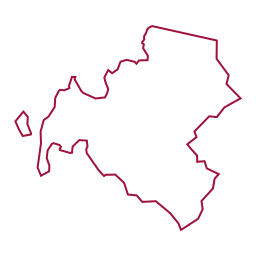 the district of Talbot, United States of America
{"feature_id": "52423323B33050228676147", "entity_name": "Talbot", "entity_type": "district", "adm_level": 2, "iso_a3": "USA", "parent_name": "United States of America", "parent_adm1": "", "projection": "robinson", "projection_center": [-76.178, 38.758], "detail": "fine", "context": "isolated", "style": "outline", "palette": "rose", "viewbox_px": 256, "rotation_deg": 0, "n_neighbors": 0, "source": "geoboundaries", "source_scale": "gbopen_adm2", "svg_char_len": 1453}
<svg xmlns="http://www.w3.org/2000/svg" viewBox="0 0 256 256"><path d="M104.4,77.4L104.6,78.5L105.2,81.3L108.2,89.0L107.1,93.3L105.3,96.7L105.0,97.4L95.5,98.5L94.7,98.1L83.5,93.1L81.5,91.3L74.6,79.3L75.3,77.0L72.0,76.9L69.0,85.8L69.4,88.1L64.4,90.3L60.2,89.8L58.8,90.9L55.2,98.0L54.7,107.0L48.5,116.6L43.7,120.1L40.6,131.6L41.0,143.4L37.6,167.5L41.0,175.7L49.1,171.3L49.4,165.7L46.7,157.9L47.7,150.3L48.4,149.2L51.9,143.8L53.5,143.2L59.5,145.0L61.0,146.8L59.6,149.4L59.9,150.1L70.4,153.0L72.0,152.7L72.6,146.6L79.3,140.1L86.8,140.6L87.5,146.6L86.2,149.2L86.4,150.6L86.7,153.0L98.4,169.9L104.0,176.0L105.6,174.8L115.3,174.6L124.1,182.9L127.9,194.5L136.7,195.4L142.3,201.9L155.8,201.2L170.4,213.4L178.5,223.5L181.0,229.9L198.1,218.8L202.7,209.2L201.5,201.0L213.0,188.4L214.6,178.8L218.7,174.1L206.8,168.4L204.5,161.2L197.2,161.8L197.1,155.6L190.7,148.5L187.3,144.3L196.5,137.1L194.4,131.5L209.2,116.3L216.8,117.1L224.4,107.4L234.5,101.7L240.6,98.4L226.5,84.0L228.7,75.3L216.6,58.8L216.8,40.5L152.2,26.1L148.5,27.9L148.3,28.7L147.4,29.2L146.6,31.1L146.3,32.4L145.4,34.3L144.2,35.9L144.0,38.0L144.3,39.3L143.5,40.5L142.5,41.6L142.1,43.0L143.9,44.5L143.1,48.1L147.9,55.9L147.5,60.2L139.0,60.4L136.5,63.7L134.7,61.8L126.7,59.9L120.5,61.7L117.7,69.3L112.1,73.2L108.2,70.1L104.4,77.4ZM15.4,121.3L18.6,128.7L18.6,128.8L22.7,136.0L30.8,134.5L31.1,133.5L27.4,124.1L27.7,118.2L27.8,116.9L23.4,111.6L15.4,121.3Z" fill="none" stroke="#9f1239" stroke-width="2"/></svg>